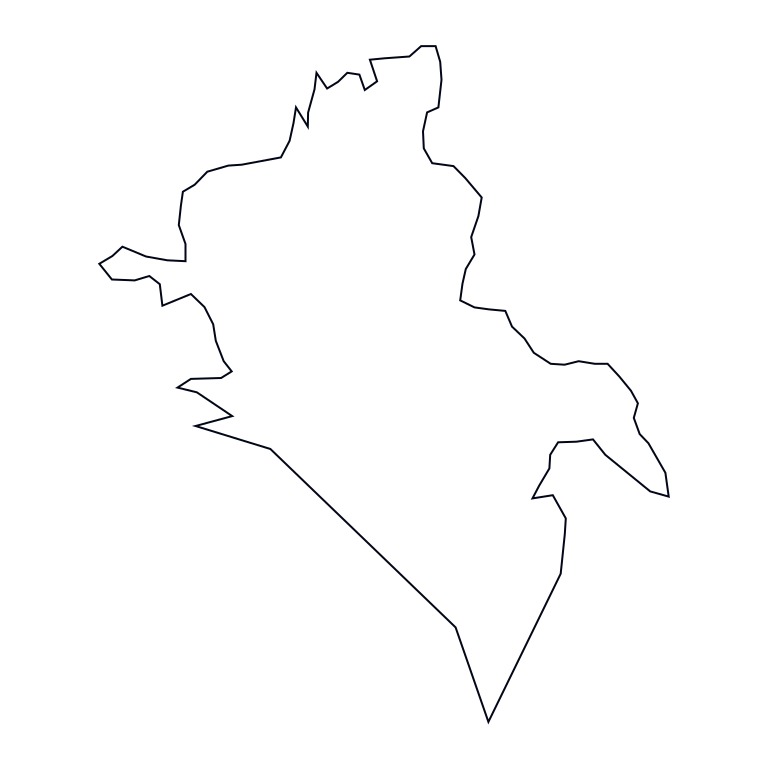 the district of Guaramiranga, Ceará, Brazil
{"feature_id": "56859067B5933904646135", "entity_name": "Guaramiranga", "entity_type": "district", "adm_level": 2, "iso_a3": "BRA", "parent_name": "Brazil", "parent_adm1": "Ceará", "projection": "robinson", "projection_center": [-38.956, -4.252], "detail": "fine", "context": "isolated", "style": "outline", "palette": "ink", "viewbox_px": 768, "rotation_deg": 0, "n_neighbors": 0, "source": "geoboundaries", "source_scale": "gbopen_adm2", "svg_char_len": 1371}
<svg xmlns="http://www.w3.org/2000/svg" viewBox="0 0 768 768"><path d="M668.7,496.6L665.4,472.8L656.9,458.0L648.4,443.2L639.7,434.1L633.8,417.9L637.9,403.3L631.0,390.8L619.4,376.6L607.6,363.8L594.8,363.8L578.7,361.2L564.6,364.7L550.7,363.8L533.8,352.8L524.5,338.5L512.0,326.6L505.3,310.9L489.2,309.4L474.5,307.4L460.2,300.4L462.5,283.6L465.8,269.0L474.5,254.5L471.2,237.1L478.4,216.1L481.7,197.5L465.3,178.1L453.5,166.1L432.2,163.2L423.8,148.4L423.0,131.3L427.1,112.4L438.4,107.4L441.5,79.8L440.2,61.8L435.6,46.1L421.2,46.1L409.4,56.5L384.5,58.3L369.9,59.7L377.1,81.3L364.8,90.0L359.4,74.6L347.3,72.8L338.1,81.8L327.1,88.5L316.5,72.8L314.5,89.4L308.1,112.6L307.8,126.6L296.0,107.4L293.5,123.1L289.6,140.8L280.9,157.4L241.7,164.7L228.3,165.6L207.3,171.7L194.7,184.7L182.9,191.7L180.9,205.7L178.8,225.1L185.5,244.0L185.5,261.2L167.3,260.3L146.0,256.5L122.4,246.7L112.4,256.0L99.3,263.8L111.9,279.5L134.7,280.4L149.3,276.0L159.8,284.2L162.4,305.7L190.9,294.0L204.5,307.1L213.2,324.3L215.8,340.8L223.7,361.2L231.7,371.4L221.1,378.0L190.9,378.9L177.5,387.6L196.8,392.3L232.2,416.1L195.5,426.0L270.4,449.0L389.6,563.8L455.6,627.4L488.4,721.9L552.8,589.9L560.7,573.7L564.8,534.1L565.8,518.4L552.8,495.2L532.5,498.4L539.2,485.6L549.4,468.4L550.2,454.8L558.1,442.3L576.4,441.7L593.0,439.4L605.3,454.8L650.2,491.4L668.7,496.6Z" fill="none" stroke="#020617" stroke-width="2"/></svg>